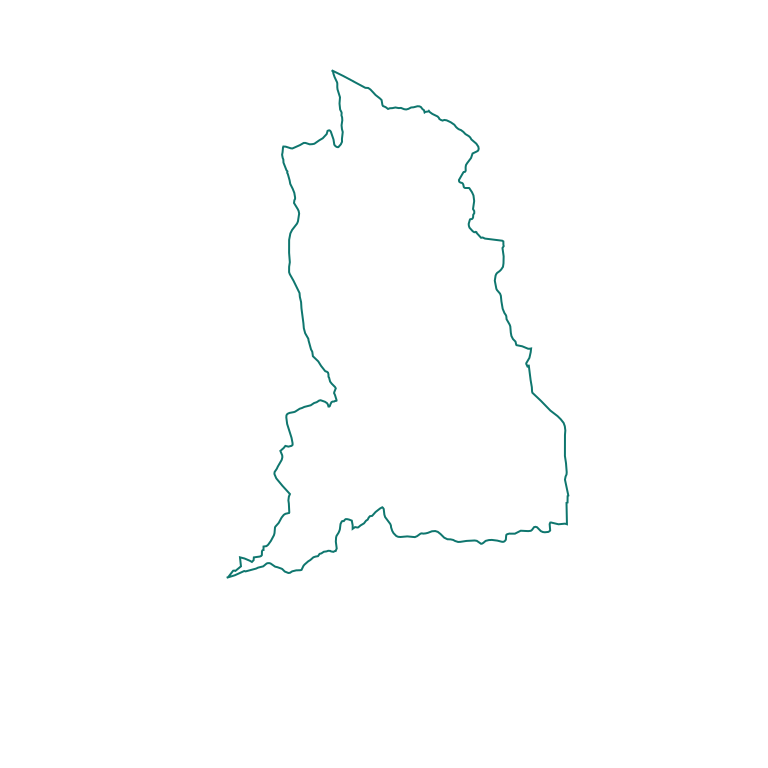 Cucunubá, Cundinamarca, Colombia, rotated 127°
{"feature_id": "7082276B75127006220699", "entity_name": "Cucunubá", "entity_type": "district", "adm_level": 2, "iso_a3": "COL", "parent_name": "Colombia", "parent_adm1": "Cundinamarca", "projection": "robinson", "projection_center": [-73.78, 5.231], "detail": "fine", "context": "isolated", "style": "outline", "palette": "teal", "viewbox_px": 768, "rotation_deg": 127, "n_neighbors": 0, "source": "geoboundaries", "source_scale": "gbopen_adm2", "svg_char_len": 6166}
<svg xmlns="http://www.w3.org/2000/svg" viewBox="0 0 768 768"><g transform="rotate(127 384 384)"><path d="M385.9,153.5L369.1,166.7L368.2,166.1L363.0,169.9L362.2,169.6L351.5,181.9L348.6,183.3L346.4,183.8L344.5,185.0L337.7,191.0L332.6,196.2L315.8,208.8L312.0,211.2L308.9,214.2L307.0,217.1L305.8,221.6L305.2,226.0L305.1,235.1L303.0,248.6L301.7,260.2L300.8,261.3L297.6,264.0L292.7,269.2L282.2,279.4L282.7,280.0L283.6,280.1L282.4,282.4L281.8,282.9L275.6,283.6L270.3,286.0L267.1,287.9L268.1,288.8L269.1,290.1L270.7,296.3L273.2,301.5L273.1,302.0L271.0,304.5L270.5,308.0L269.0,311.1L266.7,313.6L262.0,317.8L260.9,319.5L258.5,325.1L256.2,327.2L255.5,328.5L254.9,330.4L252.5,334.5L247.4,339.9L243.2,343.8L242.0,345.7L241.0,350.2L240.4,351.5L234.8,357.7L230.3,360.1L228.8,360.5L227.2,360.5L224.3,359.6L222.1,359.3L218.8,359.5L215.7,361.2L210.0,365.3L204.1,371.2L201.8,371.4L201.1,372.3L198.3,374.5L198.4,375.8L207.1,390.9L207.6,393.3L208.8,394.5L207.7,400.5L207.1,401.6L207.3,402.3L207.9,402.5L208.5,403.4L208.6,405.1L207.7,409.8L206.6,411.4L205.2,412.7L201.1,414.3L200.5,414.3L199.4,413.1L198.4,412.9L197.2,413.2L195.1,414.6L193.3,414.7L191.6,416.0L190.7,418.2L183.6,422.1L179.6,426.0L177.9,429.1L176.3,433.6L176.3,434.0L178.7,437.3L178.8,438.2L178.6,438.9L177.0,440.7L176.5,441.8L176.5,442.8L177.1,444.1L177.2,445.3L177.0,445.9L176.0,446.9L167.2,448.0L166.7,447.9L166.0,447.1L165.2,447.0L164.4,447.2L161.7,449.3L159.8,450.3L157.7,450.5L151.1,450.5L146.6,452.0L142.4,449.8L140.9,449.3L139.2,449.9L137.7,451.5L136.5,454.9L136.1,461.4L135.2,463.5L135.0,465.4L135.4,469.4L134.9,472.3L134.9,475.3L135.5,477.4L135.6,479.0L135.4,481.1L134.6,483.9L134.8,488.3L135.7,492.6L136.8,494.7L138.4,495.8L138.9,497.6L139.0,499.4L138.4,500.4L138.1,502.2L139.2,507.9L139.3,511.1L138.9,512.5L139.5,512.5L141.8,514.7L142.7,515.0L141.3,516.8L141.3,518.7L140.6,521.2L140.9,522.7L142.0,524.4L145.2,526.9L146.9,528.8L149.6,530.1L151.4,531.5L152.4,533.3L153.3,536.6L154.8,538.3L156.3,541.3L158.6,543.3L160.3,545.3L161.9,546.3L161.9,549.3L162.6,552.1L162.1,553.2L158.7,556.8L158.4,558.8L158.3,564.5L157.0,571.9L157.0,573.2L157.1,574.8L158.7,577.2L162.5,601.8L164.9,614.5L165.2,612.7L166.7,611.0L168.6,608.2L171.4,602.9L172.4,601.9L175.0,600.0L176.7,598.4L181.5,591.7L186.8,588.3L191.2,584.2L192.6,581.4L193.1,580.9L195.0,579.7L196.3,577.9L198.5,576.0L202.9,573.6L205.7,571.0L207.6,568.6L213.7,565.0L215.8,563.3L218.6,562.7L222.2,563.0L222.6,563.3L223.2,564.7L223.2,566.2L222.8,567.7L219.1,571.5L214.5,578.3L214.2,579.3L214.2,580.1L214.9,580.9L215.8,581.4L218.9,580.2L224.6,580.8L228.2,582.3L234.0,584.2L235.5,585.5L237.3,587.6L238.7,591.7L239.8,593.2L243.8,594.9L251.0,598.9L251.8,600.2L253.6,605.3L254.9,607.3L255.9,607.0L260.1,604.4L262.2,603.4L264.4,601.0L265.3,599.5L267.7,597.5L272.0,590.5L272.3,589.1L273.6,588.4L274.3,587.0L278.2,581.9L280.6,579.3L283.1,574.3L285.3,570.7L288.5,567.3L289.7,566.4L291.1,566.2L293.6,564.8L296.3,558.0L297.2,556.3L299.0,554.3L305.9,550.6L308.2,550.0L316.3,550.1L320.1,549.4L326.0,546.5L336.4,538.7L343.4,532.5L347.5,530.3L351.8,527.1L353.0,525.3L356.0,518.4L362.2,506.2L365.1,503.6L368.5,499.5L373.2,495.5L383.9,485.0L387.7,481.6L390.9,477.5L393.4,471.7L394.6,470.5L400.3,463.1L401.4,460.7L404.6,457.5L405.5,450.1L407.4,445.2L409.0,439.2L409.1,438.5L408.6,437.1L408.6,435.6L409.7,434.2L411.7,432.6L411.9,431.8L414.5,428.5L415.2,426.0L415.9,421.2L416.5,419.9L420.2,418.9L421.3,418.4L422.3,416.5L425.5,412.1L426.0,411.9L426.5,412.3L427.0,412.9L428.0,413.3L429.0,414.5L430.1,415.0L432.4,414.6L434.1,414.0L434.9,414.1L435.4,414.8L434.2,416.4L433.6,417.9L433.7,420.4L435.1,424.8L436.2,425.8L439.0,426.8L441.3,428.4L445.1,429.7L450.2,433.8L452.6,435.1L454.4,436.4L459.5,438.3L460.6,439.0L464.0,442.1L465.7,443.0L466.8,443.2L467.8,443.0L469.5,441.9L474.2,437.3L482.6,425.5L486.2,421.5L487.6,420.4L489.0,420.6L491.5,422.6L492.8,425.5L495.5,425.6L499.8,426.5L502.2,422.4L503.5,421.2L505.0,420.5L506.4,420.0L513.9,419.1L516.2,418.6L520.1,418.4L521.5,417.6L522.0,417.1L524.2,413.2L526.4,404.0L528.5,392.9L531.2,392.2L534.5,390.3L536.8,388.0L543.5,382.4L544.1,382.2L547.0,384.6L548.8,385.3L552.3,385.4L558.3,384.5L563.3,384.9L564.2,384.7L569.0,381.7L571.0,380.9L577.4,379.9L582.1,379.8L584.2,380.3L586.3,382.4L589.0,380.4L589.2,380.7L590.1,381.0L591.2,380.7L594.1,378.6L595.2,378.6L596.5,379.3L600.8,383.6L603.2,382.1L605.6,382.4L605.9,384.8L607.3,390.4L609.1,394.7L615.7,388.5L622.7,390.2L623.1,391.3L623.9,392.1L631.9,392.2L633.4,393.0L626.5,388.0L617.5,383.1L617.0,381.8L616.0,381.0L608.3,375.0L606.5,374.1L602.3,370.7L598.0,369.7L596.9,368.9L596.0,367.7L595.6,366.4L595.4,361.0L594.5,359.0L593.2,354.9L593.0,353.9L593.5,350.4L592.5,346.7L591.4,345.5L588.9,344.6L585.7,342.0L583.1,338.8L582.1,338.0L577.6,338.9L576.0,338.8L571.2,337.8L568.9,336.9L564.9,336.1L563.0,334.8L561.2,333.1L558.4,333.2L557.0,332.1L554.2,331.1L552.2,329.1L550.8,328.2L549.6,326.4L549.6,325.6L548.5,323.4L546.8,322.6L546.5,322.1L543.8,322.8L538.9,327.6L535.4,329.9L533.9,330.5L530.0,330.8L528.0,331.3L526.6,331.8L521.9,334.5L519.1,335.0L518.2,334.4L517.7,333.6L516.0,333.6L514.9,333.2L514.0,331.9L513.3,330.3L512.5,327.5L515.7,324.0L518.5,321.9L515.7,321.0L514.7,319.0L514.0,318.3L511.0,317.6L507.3,316.1L504.1,316.1L502.1,315.4L500.0,315.8L498.1,315.7L496.4,314.1L491.3,313.7L485.7,312.2L483.5,311.2L483.5,310.4L484.0,309.0L488.1,305.1L489.6,303.0L492.0,294.8L492.9,293.3L494.2,292.1L496.3,289.1L497.4,286.6L498.0,282.7L497.5,280.7L496.3,278.8L491.7,273.7L487.7,267.2L485.6,266.0L481.6,264.8L480.6,264.0L479.8,262.5L478.2,260.8L476.5,259.4L472.8,257.1L470.6,254.6L469.7,252.0L469.8,248.5L470.5,243.4L469.8,239.9L468.0,237.3L466.9,234.9L466.6,232.8L465.6,229.9L464.3,228.2L459.7,223.7L454.4,217.4L453.4,215.5L453.2,210.3L452.4,209.6L451.2,209.1L448.1,208.4L445.5,206.3L443.6,204.0L440.9,199.3L439.1,195.0L438.4,193.9L437.6,193.3L436.5,193.0L435.0,193.0L431.7,195.1L430.7,195.5L429.8,195.2L428.1,193.9L424.8,189.4L418.9,186.5L414.7,180.3L412.9,178.4L411.5,178.0L408.0,178.0L406.9,177.1L406.3,175.6L407.1,170.2L406.6,168.0L405.6,166.3L403.3,163.8L401.9,163.2L400.9,163.2L396.2,167.4L394.6,167.8L394.1,167.3L391.0,160.2L386.6,155.4L385.9,153.5Z" fill="none" stroke="#0f766e" stroke-width="2"/></g></svg>